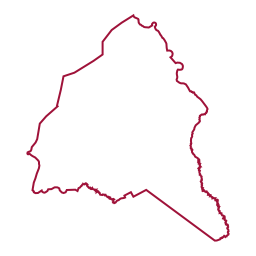 Nanton, Northern, Ghana
{"feature_id": "2480657B96271436146347", "entity_name": "Nanton", "entity_type": "district", "adm_level": 2, "iso_a3": "GHA", "parent_name": "Ghana", "parent_adm1": "Northern", "projection": "albers", "projection_center": [-0.633, 9.559], "detail": "fine", "context": "isolated", "style": "outline", "palette": "rose", "viewbox_px": 256, "rotation_deg": 0, "n_neighbors": 0, "source": "geoboundaries", "source_scale": "gbopen_adm2", "svg_char_len": 5888}
<svg xmlns="http://www.w3.org/2000/svg" viewBox="0 0 256 256"><path d="M192.0,152.0L192.0,151.0L192.4,149.9L192.1,149.6L191.5,149.7L191.4,149.0L191.5,148.6L190.9,148.5L190.7,148.2L190.9,146.7L190.7,146.0L190.4,145.6L190.9,144.9L191.0,144.5L190.9,144.2L191.2,143.7L190.9,143.4L191.2,142.9L190.9,140.8L191.1,140.0L191.0,139.2L191.3,137.9L191.7,137.6L192.2,136.4L192.0,134.8L192.7,133.5L192.3,132.9L192.4,132.2L194.2,129.4L194.5,127.7L195.7,125.3L198.9,122.6L199.1,122.1L199.8,121.5L199.8,120.4L199.3,119.6L199.7,118.8L199.4,117.4L200.0,116.6L199.9,115.8L201.6,114.6L202.1,114.4L202.9,114.7L203.9,114.2L205.0,114.3L205.2,113.6L206.1,113.1L206.1,112.5L206.5,112.4L207.0,111.6L206.9,110.4L207.5,109.2L207.4,108.5L206.3,106.7L202.1,101.1L200.5,99.2L197.1,96.6L196.3,95.3L195.1,94.7L194.1,92.5L193.0,92.7L192.6,91.9L191.6,92.0L191.0,91.2L190.1,91.3L189.9,91.1L188.0,87.5L185.9,84.4L183.8,83.4L180.9,83.3L179.4,82.7L176.9,80.9L176.6,79.5L177.2,78.0L177.3,76.8L176.8,74.0L176.8,73.0L177.3,70.6L177.9,69.6L179.8,69.8L181.3,69.6L182.0,69.3L182.5,68.6L182.8,67.3L182.9,66.0L182.6,65.1L181.9,64.0L179.9,62.8L177.4,62.6L175.6,63.1L170.5,57.3L171.2,56.9L172.1,56.0L172.5,54.8L172.6,53.4L172.1,52.1L170.8,50.9L169.3,50.5L167.2,50.6L166.7,47.9L166.4,43.7L166.0,42.7L164.6,40.2L163.2,38.2L162.5,38.0L162.2,37.5L161.0,35.4L160.4,34.8L159.0,32.1L158.0,30.8L156.4,30.1L155.4,28.7L154.8,26.8L155.9,25.5L156.1,24.8L155.9,23.5L155.4,22.9L154.7,22.6L154.0,22.5L153.1,22.8L152.2,23.8L152.0,24.4L152.2,25.4L148.8,27.5L144.9,27.2L143.9,26.9L142.6,25.9L141.8,25.7L141.0,24.8L140.0,24.5L138.8,22.8L138.6,21.9L138.6,20.7L138.4,20.2L138.5,19.6L138.2,19.0L137.5,18.6L134.5,17.3L133.7,16.4L133.4,15.4L121.7,22.7L111.7,30.0L102.6,41.8L102.6,54.5L93.5,60.9L74.4,72.7L63.5,76.3L60.8,89.9L57.0,105.7L57.6,106.3L46.2,116.3L39.8,123.6L37.2,139.1L35.6,142.5L31.8,147.1L31.3,149.8L30.5,151.2L28.5,151.9L27.6,152.4L27.4,153.6L27.7,154.1L28.1,154.3L29.6,153.8L30.7,154.8L32.4,156.0L35.2,157.5L38.4,160.7L39.0,162.0L39.0,163.9L39.4,165.5L38.9,168.3L36.8,173.6L35.4,178.4L33.8,182.6L32.5,190.2L33.1,190.5L33.4,191.3L33.9,191.5L33.9,192.3L35.4,193.1L37.9,193.0L41.7,190.5L42.0,191.5L42.9,192.2L44.2,192.7L45.3,192.4L47.4,191.0L48.2,189.3L51.5,189.1L54.5,187.4L55.4,187.3L57.5,187.4L59.2,188.3L59.8,190.4L61.9,192.5L63.6,193.0L65.6,192.3L66.8,190.0L75.3,189.7L77.5,191.0L78.6,188.1L80.0,187.5L81.0,186.1L81.5,186.0L82.3,184.6L83.0,184.2L83.1,183.9L83.6,184.3L84.0,184.2L84.5,184.4L85.3,184.0L85.2,183.6L85.6,183.3L86.1,183.4L86.2,183.8L86.6,184.1L86.9,184.0L87.2,184.3L87.6,184.8L87.0,185.7L87.9,186.8L88.5,187.0L88.8,187.8L90.2,188.0L90.4,187.7L90.7,187.9L91.1,188.5L90.5,188.6L90.5,188.8L91.1,189.1L92.0,189.0L92.4,188.2L92.9,189.1L94.4,189.6L94.7,190.1L95.0,190.1L95.1,189.6L95.7,189.7L95.8,189.9L96.2,189.8L95.8,190.5L95.8,191.2L96.3,191.0L97.4,191.0L97.7,191.1L97.4,191.7L97.9,191.4L98.6,191.7L98.7,192.2L98.6,192.4L98.9,192.8L99.6,192.8L99.8,193.1L99.8,193.8L100.2,194.7L102.3,195.0L102.7,194.5L103.2,194.7L103.9,194.5L104.9,195.4L105.6,194.9L105.9,195.5L106.6,196.0L106.7,196.3L107.6,197.2L108.3,197.3L108.7,196.8L109.1,197.0L109.2,197.4L109.7,197.7L109.7,198.0L110.3,197.7L110.4,198.1L109.7,198.6L110.1,198.9L110.4,198.8L111.4,199.1L111.6,199.4L113.3,198.9L114.1,199.4L113.1,200.3L113.2,201.6L113.5,201.5L113.9,202.2L113.0,202.4L113.1,202.6L113.9,202.8L113.9,203.1L113.5,203.4L115.5,202.6L116.7,201.0L117.6,200.4L118.6,200.2L119.9,199.0L121.1,198.4L123.8,198.0L125.1,197.5L124.4,195.6L130.9,192.2L133.4,196.7L146.2,189.9L214.8,240.6L216.8,240.5L220.1,239.3L220.5,238.2L221.3,238.3L221.6,237.8L222.3,237.9L222.4,237.3L223.3,237.0L224.2,235.8L224.9,236.2L224.9,236.6L225.3,237.0L225.9,236.4L226.6,236.4L226.9,235.6L228.4,234.6L228.6,233.8L228.0,233.0L227.8,232.2L227.9,231.8L228.5,231.4L228.3,229.7L227.3,228.6L227.2,228.1L227.9,227.6L228.2,227.0L227.8,226.2L228.0,225.5L227.7,224.7L227.1,224.4L226.5,224.8L225.9,224.5L226.1,223.7L225.4,222.9L225.8,222.4L225.6,222.1L226.3,220.9L225.7,220.3L225.1,220.3L224.7,220.0L224.6,219.3L224.2,218.8L223.0,218.5L223.1,218.2L224.0,218.0L224.0,217.3L224.7,217.5L224.6,216.4L223.0,215.5L222.5,215.6L222.1,215.4L221.6,214.3L221.5,213.4L220.9,213.5L220.5,212.8L219.7,213.0L219.8,212.5L219.2,211.4L219.6,211.2L219.6,210.9L218.8,210.7L218.2,209.6L218.5,209.2L218.4,208.9L218.6,208.8L218.5,208.3L218.9,207.8L218.8,207.3L219.3,206.6L219.0,206.4L218.2,206.4L218.4,205.8L217.8,205.9L217.3,205.2L218.0,204.8L217.3,204.4L217.2,204.1L218.0,203.5L217.6,202.6L217.3,202.5L217.2,202.1L217.8,201.0L217.8,200.0L217.5,199.7L217.0,199.8L216.8,200.2L216.4,200.1L216.2,200.4L215.9,199.8L215.3,200.0L215.2,199.0L214.9,198.7L215.2,198.2L214.2,198.2L213.4,197.9L212.8,198.4L212.5,198.4L212.7,197.9L212.4,197.1L211.7,197.0L211.1,196.3L210.2,196.3L210.6,195.6L210.6,195.1L208.4,194.9L208.7,194.5L208.7,193.9L207.9,193.8L207.8,192.7L207.0,192.3L206.8,191.7L206.5,191.8L206.2,191.5L205.8,191.9L205.5,191.6L205.1,191.6L205.0,191.3L204.2,191.0L203.9,190.3L202.8,191.1L202.6,191.0L202.7,190.4L202.5,190.2L202.3,189.5L203.0,189.3L202.4,188.7L202.8,188.0L201.9,187.8L201.6,187.0L201.6,186.4L202.1,185.9L202.1,185.2L201.8,185.0L201.9,184.4L201.7,184.2L202.1,183.5L201.8,183.2L201.8,182.7L201.2,182.4L201.2,181.6L200.9,181.3L201.8,180.5L201.9,179.8L201.5,179.6L201.8,178.5L201.4,177.3L201.6,176.5L200.7,175.7L200.3,174.8L199.9,174.9L199.7,174.8L199.8,174.2L200.1,174.0L199.5,173.0L199.3,171.9L199.5,171.3L199.4,171.0L199.8,171.0L199.9,170.8L199.5,170.5L199.4,170.1L198.9,170.1L198.9,168.9L198.4,168.4L198.6,168.2L199.6,168.2L199.8,167.9L199.5,167.3L199.9,167.1L200.0,166.7L200.6,166.6L199.7,165.4L199.9,164.7L199.2,164.1L199.6,163.8L198.9,163.6L199.4,162.9L198.2,162.1L198.4,161.8L198.3,161.4L199.1,161.4L199.3,161.2L198.7,160.6L199.1,160.3L198.7,159.7L199.1,159.5L199.0,159.3L198.2,159.2L197.8,158.2L195.2,156.7L194.2,154.7L193.3,154.2L193.1,153.4L192.5,153.0L192.0,152.0Z" fill="none" stroke="#9f1239" stroke-width="2"/></svg>